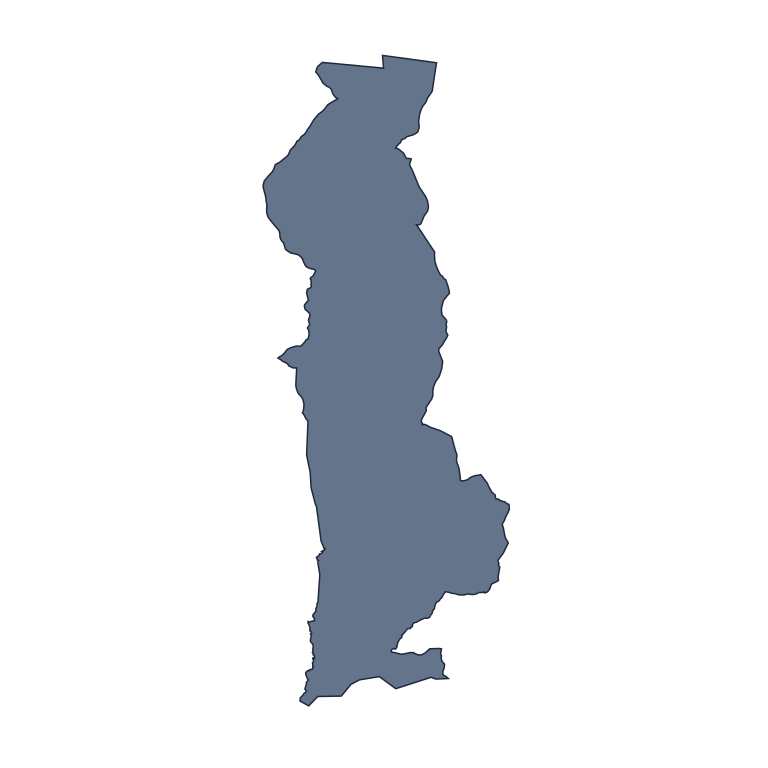 Afigya Kwabre North, Ashanti, Ghana (Natural Earth projection), rotated 5°
{"feature_id": "2480657B47912218033723", "entity_name": "Afigya Kwabre North", "entity_type": "district", "adm_level": 2, "iso_a3": "GHA", "parent_name": "Ghana", "parent_adm1": "Ashanti", "projection": "natural_earth1", "projection_center": [-1.628, 7.039], "detail": "fine", "context": "isolated", "style": "filled", "palette": "slate", "viewbox_px": 768, "rotation_deg": 5, "n_neighbors": 0, "source": "geoboundaries", "source_scale": "gbopen_adm2", "svg_char_len": 6149}
<svg xmlns="http://www.w3.org/2000/svg" viewBox="0 0 768 768"><g transform="rotate(5 384 384)"><path d="M473.7,671.8L471.0,669.8L468.9,669.0L468.0,667.9L467.7,665.3L468.6,662.1L468.8,657.9L465.9,655.1L465.6,653.9L464.9,652.9L464.9,649.5L463.9,648.0L464.3,642.7L461.5,642.7L452.6,643.8L448.3,648.5L444.6,650.7L443.0,650.9L440.4,650.6L436.6,649.0L433.9,649.2L425.2,651.7L422.3,651.4L418.9,650.7L415.7,650.5L414.3,649.7L414.9,647.8L416.7,646.7L418.4,647.2L419.6,645.5L420.3,640.1L422.1,636.5L423.6,635.2L423.9,633.7L423.5,633.0L426.3,629.6L428.0,626.8L429.1,625.5L431.2,625.5L431.6,624.5L432.3,624.2L433.5,622.8L433.1,621.4L434.2,619.9L434.4,619.4L437.2,618.4L442.4,615.0L443.8,614.4L444.7,613.7L447.9,613.6L449.1,612.7L449.8,612.5L450.6,610.2L451.8,608.4L452.4,605.4L453.8,603.5L454.0,600.6L455.2,596.7L457.0,596.0L458.3,594.4L459.2,592.6L460.1,592.0L461.4,588.8L463.2,585.7L464.3,585.6L467.6,586.0L469.6,586.6L472.7,586.6L476.8,587.5L482.2,587.2L484.4,586.2L485.8,586.0L491.2,586.0L494.3,585.0L497.5,583.2L499.3,583.3L502.0,582.5L502.2,583.3L503.0,583.3L503.8,582.7L505.2,582.1L507.2,579.0L508.5,573.9L512.4,571.7L515.2,569.8L514.5,566.3L515.3,556.1L513.8,555.1L514.1,552.7L512.8,549.9L517.7,541.8L521.7,531.4L518.3,526.6L517.6,524.6L515.4,516.9L514.0,513.5L514.6,511.9L515.6,510.1L517.2,504.8L518.4,502.2L519.8,497.9L519.2,493.8L518.9,493.0L516.6,492.4L514.8,490.8L513.2,490.8L511.5,490.2L509.6,489.9L508.2,488.7L505.7,488.9L504.9,487.0L504.3,484.7L503.2,484.1L500.6,482.0L496.7,476.1L495.8,474.1L488.4,465.9L481.7,467.7L478.1,469.7L475.3,472.2L471.2,473.7L468.5,473.4L468.0,469.7L466.0,461.4L464.8,458.5L463.3,455.7L462.8,452.7L462.9,448.4L460.8,443.7L456.0,430.5L443.1,425.2L439.9,424.6L437.8,423.9L435.7,423.6L431.9,422.2L430.1,421.3L427.1,420.6L425.9,421.5L425.5,419.8L424.3,417.6L424.5,416.5L425.6,413.5L428.4,407.2L428.4,406.0L428.1,405.6L428.0,403.7L429.2,401.3L430.2,399.9L430.9,398.0L432.7,395.2L433.7,391.4L433.2,387.2L433.7,381.9L435.4,376.9L438.3,371.8L440.1,364.4L440.5,356.4L435.8,347.0L435.5,344.2L436.1,343.6L439.2,339.2L439.6,337.9L442.5,332.2L443.3,329.7L441.1,326.3L441.4,321.8L440.6,319.1L441.1,316.3L440.5,314.8L435.7,310.1L434.9,306.3L434.7,303.3L435.6,297.3L436.2,295.2L439.3,290.5L441.1,288.3L441.2,286.9L439.3,281.2L436.4,274.7L434.5,273.8L432.7,271.4L430.7,270.4L427.7,265.7L425.8,261.8L423.8,256.8L423.5,254.0L423.0,250.6L423.0,248.2L402.5,222.5L404.9,222.5L406.7,221.3L409.3,213.2L412.5,207.5L412.8,203.1L411.3,197.6L409.1,193.6L401.8,184.5L394.1,169.5L390.3,163.4L391.5,157.4L388.5,157.1L386.6,157.4L383.4,152.3L378.2,148.8L376.6,148.0L374.9,148.0L375.8,145.9L377.1,144.9L377.6,143.7L379.4,142.1L380.0,139.6L383.6,137.4L385.3,135.6L391.6,133.1L394.7,130.9L395.4,130.3L395.9,129.3L396.6,125.9L396.4,123.1L395.6,119.7L396.0,111.9L397.1,107.3L398.3,104.1L401.1,99.7L402.4,95.5L406.5,88.2L408.3,59.4L353.9,56.8L356.0,69.4L294.6,69.0L290.7,73.0L290.0,74.0L289.3,76.5L288.9,79.3L291.0,81.1L295.0,86.6L296.9,89.5L300.2,91.8L301.4,92.5L303.5,93.2L305.5,94.7L306.1,95.5L307.3,98.6L308.8,100.7L311.0,102.9L313.0,103.8L312.0,104.7L309.8,106.1L305.0,109.7L303.9,110.4L302.5,112.3L302.1,113.3L299.3,117.3L295.2,120.9L291.1,126.8L288.5,132.0L288.2,133.0L286.3,135.9L285.0,138.5L284.5,139.9L282.9,142.2L279.9,144.9L279.3,146.0L278.3,148.3L276.3,149.5L274.3,154.1L270.1,159.4L269.0,163.3L268.0,165.1L260.4,172.5L258.1,173.8L256.6,175.0L255.7,178.9L254.3,182.2L251.1,186.3L247.0,192.1L246.3,196.7L246.5,198.5L249.9,208.1L250.8,212.8L251.7,215.3L251.9,221.2L252.4,224.2L253.9,227.7L256.2,230.4L262.1,236.5L265.6,239.8L267.0,242.6L267.5,246.3L268.2,248.3L270.1,251.0L271.4,251.8L273.5,256.7L273.9,258.1L275.3,259.3L279.5,261.6L282.5,262.0L283.6,262.0L287.3,262.8L288.7,263.6L290.1,264.6L291.5,266.1L292.4,267.5L293.4,269.7L295.3,272.8L296.9,274.3L300.8,275.5L303.0,275.8L303.9,275.5L306.0,277.3L306.1,277.7L305.0,279.9L303.9,282.7L301.9,284.2L301.3,285.6L302.3,286.7L302.3,287.9L302.8,289.7L302.5,291.6L303.0,292.5L303.3,293.3L302.6,294.4L299.4,296.3L298.9,299.7L301.4,307.3L299.8,309.3L297.9,312.1L297.9,313.5L299.0,316.6L300.8,317.8L303.7,320.2L304.1,321.4L304.1,323.9L303.4,325.3L303.2,327.1L304.8,331.4L304.3,332.4L303.2,333.9L302.9,335.1L304.4,337.0L305.1,342.0L304.3,345.7L302.4,346.9L301.5,348.9L298.9,352.3L297.4,353.7L293.1,353.9L287.9,356.0L285.1,357.6L283.9,358.9L282.6,361.1L279.9,364.5L277.6,365.9L276.1,367.4L277.2,368.0L278.9,368.6L280.5,370.0L286.0,372.1L286.9,373.2L287.3,374.1L292.0,375.9L295.6,375.6L296.2,391.8L296.2,393.0L297.4,396.9L299.3,400.7L303.4,404.6L304.7,406.9L305.3,408.7L306.1,411.4L306.1,414.6L305.9,418.4L305.2,419.8L306.2,420.7L307.1,421.8L309.2,425.4L311.5,427.6L313.1,461.4L318.1,478.2L320.5,493.9L326.0,509.4L327.5,512.4L335.0,545.9L338.6,552.9L339.2,553.2L339.7,552.9L339.8,553.1L339.8,553.6L339.4,554.1L336.5,556.3L337.6,556.7L337.3,557.3L336.1,558.4L334.8,558.8L334.3,559.7L334.2,560.8L332.9,561.5L331.8,562.6L331.8,562.9L332.9,564.3L332.8,565.1L334.3,565.5L333.6,567.3L333.6,567.6L336.7,579.5L337.2,606.9L336.4,608.6L336.6,611.7L335.9,612.9L335.7,614.6L336.1,616.1L334.8,617.9L334.4,618.9L333.7,619.3L333.2,621.3L334.2,622.5L334.3,623.2L335.2,623.5L335.5,625.8L333.9,626.2L333.3,626.6L332.1,626.7L330.7,627.8L329.1,627.2L329.2,629.0L330.1,630.0L331.6,633.5L331.6,636.3L332.5,636.6L333.6,638.1L332.5,639.4L333.4,640.6L333.4,643.0L333.2,643.4L333.0,645.1L333.1,646.7L333.5,647.3L335.4,649.1L335.8,650.1L336.3,650.8L336.5,651.3L336.3,652.3L336.2,654.5L336.3,655.5L336.6,656.6L336.1,657.8L337.0,658.2L336.9,659.6L336.9,659.9L337.9,660.0L338.1,660.1L338.6,662.0L338.4,662.4L338.9,663.3L338.2,663.6L337.3,662.9L336.9,663.4L337.1,664.1L337.9,665.7L337.9,667.2L337.0,667.9L337.4,669.1L337.8,672.2L338.2,672.3L337.6,673.0L337.5,673.4L337.8,674.1L337.6,674.3L334.6,675.2L334.4,675.4L334.4,676.1L332.8,676.3L331.1,678.4L331.5,680.3L333.5,684.6L334.5,685.5L334.0,686.3L332.7,687.8L332.7,690.5L332.3,691.7L331.8,694.9L332.8,695.8L333.1,697.7L331.0,699.6L330.6,700.8L328.0,703.8L328.1,704.9L327.8,706.5L328.2,707.0L328.2,707.3L337.1,711.2L345.2,701.1L368.7,698.6L377.3,686.1L385.3,680.9L404.8,675.9L422.3,686.5L456.4,672.1L461.5,673.4L473.7,671.8Z" fill="#64748b" stroke="#1e293b" stroke-width="1.5"/></g></svg>